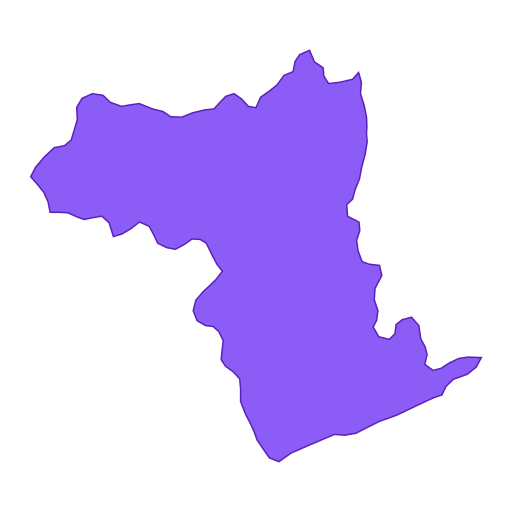 the district of Estrela Dalva, Minas Gerais, Brazil
{"feature_id": "56859067B45399318958970", "entity_name": "Estrela Dalva", "entity_type": "district", "adm_level": 2, "iso_a3": "BRA", "parent_name": "Brazil", "parent_adm1": "Minas Gerais", "projection": "orthographic", "projection_center": [-42.466, -21.71], "detail": "fine", "context": "isolated", "style": "filled", "palette": "violet", "viewbox_px": 512, "rotation_deg": 0, "n_neighbors": 0, "source": "geoboundaries", "source_scale": "gbopen_adm2", "svg_char_len": 1960}
<svg xmlns="http://www.w3.org/2000/svg" viewBox="0 0 512 512"><path d="M340.0,82.2L328.6,83.6L323.8,75.9L323.1,67.8L314.5,61.9L309.5,50.3L299.7,54.6L295.1,61.4L293.1,71.6L284.0,75.4L277.2,84.7L269.7,90.8L260.7,97.1L256.0,107.7L248.4,106.4L241.4,98.8L234.1,93.7L225.8,96.3L220.0,102.3L214.0,108.9L204.9,109.9L192.3,112.9L181.6,117.2L170.6,116.7L163.0,111.5L152.4,108.9L139.3,103.6L130.4,104.8L121.6,106.4L110.2,102.3L103.0,95.3L92.4,93.7L82.1,98.3L76.7,107.4L77.3,119.7L73.8,131.5L71.2,140.1L64.4,145.7L54.1,147.7L43.8,157.5L35.6,167.2L30.7,176.7L38.0,185.1L44.0,192.7L48.1,202.0L50.1,212.3L58.4,212.3L68.0,212.8L76.3,216.6L84.1,219.5L92.7,217.7L101.8,216.2L109.1,222.8L113.4,236.6L122.1,233.9L131.2,228.5L139.4,222.0L149.2,226.3L154.4,236.1L157.7,243.2L166.6,247.6L175.4,249.3L184.7,244.2L192.0,239.0L200.1,239.4L206.4,243.3L211.7,254.3L216.9,264.2L222.4,271.3L215.7,279.8L209.4,285.9L203.1,291.7L195.8,300.3L193.2,310.7L197.1,320.7L205.7,325.6L213.2,326.5L218.8,331.6L223.2,340.5L222.0,351.1L221.2,359.7L225.5,366.2L233.1,371.7L239.7,378.8L240.6,389.0L240.6,401.5L245.7,414.5L250.4,423.5L254.0,431.4L257.1,440.0L262.3,447.7L269.4,457.9L278.9,461.7L291.0,453.1L307.2,446.0L334.4,434.4L344.7,435.2L355.8,433.3L367.6,427.3L379.5,421.3L387.8,418.4L396.8,415.1L426.4,401.0L434.2,397.5L441.9,395.0L446.0,386.4L453.3,379.3L467.4,374.2L476.2,367.1L481.3,357.6L467.9,357.1L458.7,358.5L449.0,363.1L441.4,368.2L433.1,370.4L424.8,364.4L427.1,354.6L425.2,347.0L420.8,338.9L418.9,325.7L411.5,317.2L402.2,319.7L396.1,324.5L394.9,333.8L389.3,339.4L378.7,336.7L373.2,327.0L376.7,320.2L377.9,310.7L374.3,299.8L375.0,288.4L381.8,275.6L379.5,265.4L369.2,264.2L362.1,261.6L358.1,251.0L356.6,240.4L359.8,230.6L359.0,222.1L347.5,216.2L346.7,204.6L352.6,199.1L355.1,189.7L359.4,179.1L361.7,167.2L365.2,154.1L367.2,141.7L366.5,133.7L366.9,126.0L366.5,117.0L364.2,105.6L360.5,93.7L361.4,82.2L358.6,72.5L352.6,79.3L340.0,82.2Z" fill="#8b5cf6" stroke="#5b21b6" stroke-width="1.5"/></svg>